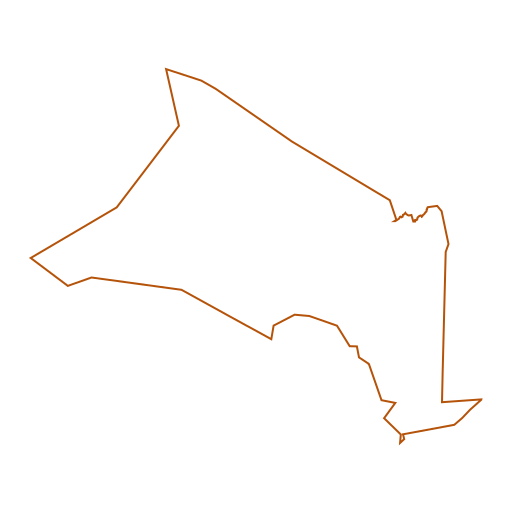 outline of Jones, North Carolina, United States of America
{"feature_id": "52423323B45605902717918", "entity_name": "Jones", "entity_type": "district", "adm_level": 2, "iso_a3": "USA", "parent_name": "United States of America", "parent_adm1": "North Carolina", "projection": "orthographic", "projection_center": [-77.17, 35.012], "detail": "fine", "context": "isolated", "style": "outline", "palette": "amber", "viewbox_px": 512, "rotation_deg": 0, "n_neighbors": 0, "source": "geoboundaries", "source_scale": "gbopen_adm2", "svg_char_len": 2254}
<svg xmlns="http://www.w3.org/2000/svg" viewBox="0 0 512 512"><path d="M30.7,258.0L66.8,285.1L67.7,285.9L91.5,277.5L181.5,289.8L231.0,317.1L245.9,325.3L248.4,326.6L271.3,339.2L273.6,325.6L294.6,314.7L309.3,316.0L337.0,325.7L349.7,346.2L356.9,346.4L359.0,357.4L368.7,363.8L368.7,364.0L368.7,364.3L368.9,364.5L369.1,364.6L381.5,400.2L395.3,402.9L384.1,418.2L400.8,434.5L400.1,442.9L404.2,439.1L403.0,434.3L454.3,424.8L462.3,417.9L470.2,409.6L481.2,399.8L481.3,399.4L442.0,402.2L442.4,384.3L442.6,374.3L445.7,251.9L448.5,244.1L441.6,211.2L437.2,205.9L427.7,207.2L427.6,207.3L427.5,207.5L427.4,207.8L427.3,208.0L427.3,208.3L427.2,208.4L427.2,208.5L427.0,208.8L427.0,209.0L426.9,209.0L426.7,209.4L426.7,209.6L426.7,209.9L426.6,210.0L426.7,210.3L426.6,210.5L426.6,210.8L426.6,211.0L426.5,211.3L426.4,211.5L426.2,211.6L426.0,211.8L425.9,211.9L425.9,212.0L425.7,212.1L425.5,212.4L425.4,212.4L425.3,212.7L425.2,212.8L425.0,213.0L424.9,213.1L424.8,213.3L424.7,213.3L424.6,213.5L424.5,213.8L424.4,213.9L424.3,214.0L424.2,214.1L424.0,214.3L423.9,214.3L423.6,214.6L423.4,214.8L423.1,215.0L422.9,215.1L422.8,215.4L422.7,215.6L422.5,215.8L422.4,216.0L422.2,216.3L421.8,216.3L421.8,216.5L421.7,216.6L421.6,216.4L421.6,216.2L421.4,216.1L421.2,216.0L421.2,215.9L421.1,215.7L421.2,215.8L421.2,215.7L420.9,215.5L420.7,215.6L420.4,215.6L420.2,215.6L419.8,215.8L419.7,215.8L419.4,216.0L419.1,216.2L419.0,216.3L418.9,216.3L418.7,216.6L418.4,216.7L418.3,216.8L418.2,216.9L418.1,217.0L417.9,217.2L417.8,217.4L417.7,217.4L417.6,217.5L417.5,217.8L417.4,218.1L417.3,218.3L417.4,218.5L417.3,218.8L417.3,219.0L417.2,219.1L417.1,219.4L417.1,219.6L416.9,219.8L416.7,220.0L416.4,220.2L416.2,220.2L415.9,220.2L415.7,220.2L415.4,220.0L415.3,219.9L415.2,219.9L415.0,220.0L414.9,220.1L414.9,220.3L414.9,220.5L414.8,220.8L415.0,220.9L415.2,221.0L415.3,221.1L415.5,221.2L415.6,221.4L415.8,221.5L413.3,221.5L411.4,215.0L408.8,215.5L407.7,215.1L405.7,213.6L405.4,212.9L403.7,214.7L403.0,214.9L402.6,216.7L401.4,217.3L400.7,216.6L400.0,216.8L399.0,218.7L395.3,221.1L394.5,221.1L396.4,219.9L389.8,200.2L375.7,191.8L291.7,141.4L290.0,140.2L215.8,88.9L201.3,80.6L167.6,69.6L166.1,69.1L178.9,125.8L131.2,188.4L124.7,196.9L116.7,207.4L30.7,258.0Z" fill="none" stroke="#b45309" stroke-width="2"/></svg>